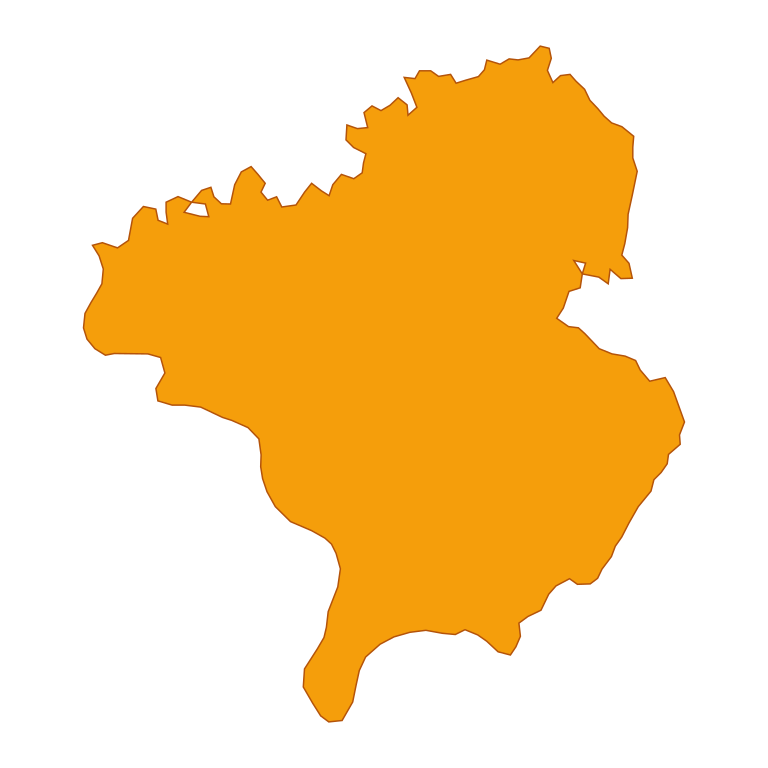 Itambé, Paraná, Brazil (orthographic projection)
{"feature_id": "56859067B60705951788517", "entity_name": "Itambé", "entity_type": "district", "adm_level": 2, "iso_a3": "BRA", "parent_name": "Brazil", "parent_adm1": "Paraná", "projection": "orthographic", "projection_center": [-52.013, -23.715], "detail": "fine", "context": "isolated", "style": "filled", "palette": "amber", "viewbox_px": 768, "rotation_deg": 0, "n_neighbors": 0, "source": "geoboundaries", "source_scale": "gbopen_adm2", "svg_char_len": 2596}
<svg xmlns="http://www.w3.org/2000/svg" viewBox="0 0 768 768"><path d="M582.3,273.9L598.8,277.1L608.2,283.8L610.1,269.3L620.9,278.6L632.3,278.2L629.0,263.3L621.8,255.1L624.8,243.6L627.6,227.7L628.1,214.3L632.4,194.6L637.2,171.3L632.8,158.0L632.8,147.2L633.7,136.3L621.9,126.7L611.6,122.9L604.1,116.2L597.8,108.6L589.9,100.3L584.6,89.3L576.1,81.3L570.0,74.4L560.5,75.6L552.9,82.6L547.4,70.4L551.3,58.3L549.2,48.3L540.2,46.1L529.0,57.9L518.1,59.9L509.1,58.9L500.1,64.2L486.8,60.1L484.4,69.8L478.4,76.6L465.7,80.2L456.1,83.2L450.6,74.4L438.6,76.4L430.7,70.8L419.5,70.8L415.0,78.6L404.2,77.4L411.4,93.1L416.9,107.3L408.0,115.2L407.1,104.9L398.1,97.7L390.0,105.3L381.0,110.6L372.0,105.9L364.0,112.6L367.7,127.6L357.4,128.6L346.9,125.0L346.0,139.9L353.6,147.5L365.9,153.7L363.5,163.0L362.2,172.8L353.8,178.7L341.4,174.4L332.8,184.7L329.1,195.7L321.5,190.9L311.6,183.3L304.6,192.1L296.0,205.0L281.8,207.0L276.6,196.8L267.6,200.2L261.0,192.1L265.2,183.3L257.7,174.1L251.1,166.6L241.3,171.9L234.7,184.7L230.5,204.0L221.4,203.8L213.9,196.8L210.9,187.3L201.6,190.4L191.6,202.2L178.0,196.6L166.1,202.2L166.1,212.1L167.7,224.1L158.1,220.3L155.8,209.1L143.4,206.5L132.6,218.3L128.5,240.4L117.5,247.9L102.4,242.7L92.5,245.3L99.1,255.9L103.3,269.0L101.9,283.8L96.7,293.1L91.0,302.5L85.0,313.4L83.5,327.9L87.0,339.1L94.9,348.7L105.4,355.2L114.3,353.5L147.9,353.9L160.6,357.5L164.9,373.0L155.9,388.5L157.9,400.9L172.1,405.1L184.7,405.1L200.7,407.1L222.5,417.4L231.8,420.4L248.0,427.6L258.9,438.9L261.1,454.9L260.7,466.8L262.6,478.6L267.0,491.7L275.3,506.6L290.5,521.6L311.7,530.7L324.9,538.1L331.5,544.1L336.1,553.4L340.4,568.8L337.8,586.9L328.2,611.6L326.4,627.3L324.0,637.5L317.4,648.8L304.5,668.9L303.3,687.0L312.8,703.4L320.7,715.9L328.8,721.9L342.1,720.5L352.7,702.0L356.0,685.6L359.3,670.5L365.6,657.0L380.1,644.2L393.9,636.9L409.9,632.3L425.9,630.3L442.4,633.3L455.3,634.5L465.0,629.7L477.7,634.9L486.7,641.2L498.1,651.8L510.4,655.0L515.9,646.8L520.4,636.3L518.9,623.1L527.9,616.5L541.0,610.2L548.7,594.2L556.0,585.9L569.5,578.7L577.4,584.3L590.2,583.9L597.6,578.3L602.0,569.1L611.4,556.6L615.3,546.2L621.7,537.1L628.9,523.1L638.3,506.6L651.0,491.1L653.9,479.7L661.1,472.5L667.2,463.8L668.5,454.4L680.2,444.3L679.5,434.9L684.5,422.0L673.6,391.7L665.2,377.6L649.7,381.2L640.2,370.0L635.6,360.5L625.1,356.1L612.0,353.9L599.2,348.7L585.0,333.8L578.4,327.8L568.5,326.6L556.7,318.3L563.3,308.1L569.0,291.4L580.2,287.8L582.3,273.9ZM191.6,202.2L205.4,204.0L208.8,216.7L200.1,216.3L184.1,212.3L191.6,202.2ZM582.3,273.9L573.8,260.5L585.6,263.1L582.3,273.9Z" fill="#f59e0b" stroke="#b45309" stroke-width="1.5"/></svg>